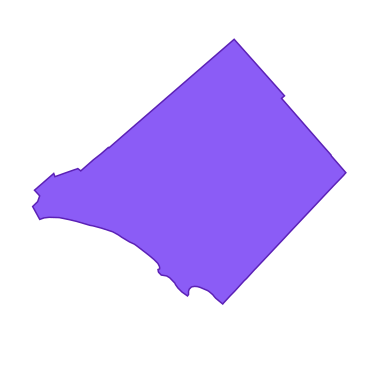 outline of San Diego, California, United States of America, rotated 319°
{"feature_id": "52423323B47648516235098", "entity_name": "San Diego", "entity_type": "district", "adm_level": 2, "iso_a3": "USA", "parent_name": "United States of America", "parent_adm1": "California", "projection": "natural_earth1", "projection_center": [-117.088, 33.02], "detail": "fine", "context": "isolated", "style": "filled", "palette": "violet", "viewbox_px": 384, "rotation_deg": 319, "n_neighbors": 0, "source": "geoboundaries", "source_scale": "gbopen_adm2", "svg_char_len": 1190}
<svg xmlns="http://www.w3.org/2000/svg" viewBox="0 0 384 384"><g transform="rotate(319 192 192)"><path d="M59.1,112.8L63.4,114.5L67.6,117.4L75.0,124.2L81.2,132.3L85.5,138.3L93.1,150.2L95.0,152.5L100.0,159.9L106.0,169.9L108.3,176.1L109.3,180.1L112.1,188.7L114.3,193.6L114.9,196.1L117.9,211.0L119.0,217.7L119.4,223.3L119.3,223.9L118.7,226.5L117.9,228.0L117.1,228.8L115.5,228.2L114.3,230.1L114.1,230.8L114.3,234.5L117.8,238.7L118.9,242.1L119.3,249.5L118.8,251.1L118.4,255.3L118.8,260.9L120.4,267.5L122.1,267.1L124.3,264.6L126.2,263.5L129.1,263.3L129.7,263.5L132.0,264.9L134.0,266.9L135.6,269.4L139.1,276.6L139.6,278.4L140.3,283.1L140.2,285.6L140.2,287.7L140.9,292.0L141.7,296.7L142.8,296.5L152.6,295.4L159.0,294.9L173.2,293.2L176.3,293.1L188.8,291.6L189.5,291.6L229.2,287.6L244.4,286.0L302.3,280.2L317.3,278.9L319.1,278.6L320.8,278.4L320.8,256.2L321.2,255.2L321.1,238.5L321.0,180.1L324.9,180.1L324.0,104.4L319.2,104.4L194.8,104.2L189.1,104.2L188.2,104.2L158.2,104.2L158.1,103.5L148.0,103.5L138.9,103.0L121.9,103.1L121.2,99.4L119.7,98.9L118.2,98.2L107.1,93.8L98.6,90.5L99.8,87.3L74.3,87.3L74.5,95.0L69.2,98.0L62.2,98.4L59.1,112.8Z" fill="#8b5cf6" stroke="#5b21b6" stroke-width="1.5"/></g></svg>